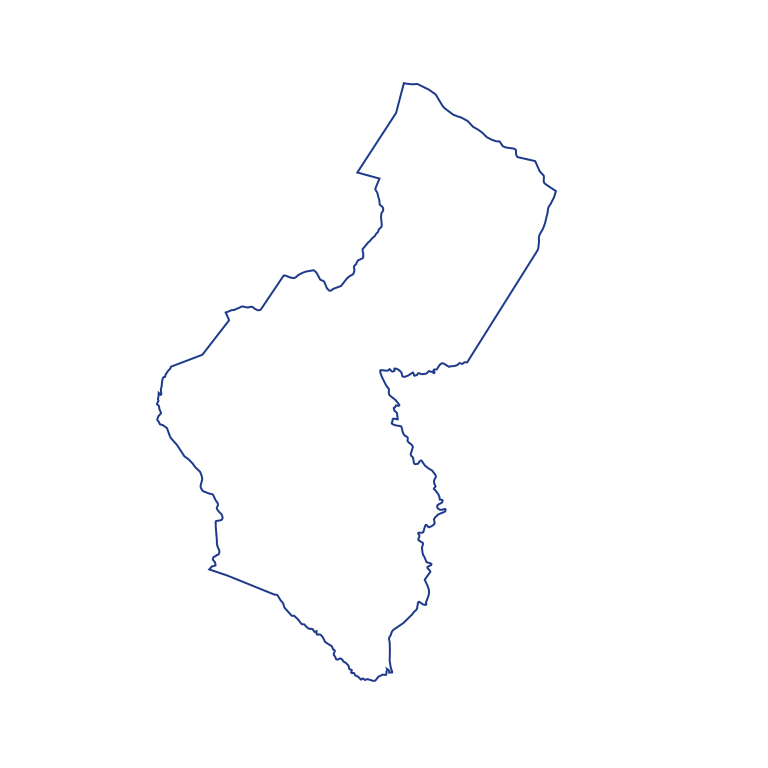 the district of Masaguara, Intibucá, Honduras, rotated 339°
{"feature_id": "27666195B25129383511057", "entity_name": "Masaguara", "entity_type": "district", "adm_level": 2, "iso_a3": "HND", "parent_name": "Honduras", "parent_adm1": "Intibucá", "projection": "natural_earth1", "projection_center": [-87.987, 14.384], "detail": "fine", "context": "isolated", "style": "outline", "palette": "blue", "viewbox_px": 768, "rotation_deg": 339, "n_neighbors": 0, "source": "geoboundaries", "source_scale": "gbopen_adm2", "svg_char_len": 6166}
<svg xmlns="http://www.w3.org/2000/svg" viewBox="0 0 768 768"><g transform="rotate(339 384 384)"><path d="M510.4,110.2L492.5,135.2L434.9,177.0L453.4,190.6L446.3,198.1L445.6,199.1L446.3,203.0L445.7,207.7L445.6,210.2L444.3,215.0L446.1,218.4L446.1,219.8L445.4,221.7L442.6,223.9L441.0,227.2L438.9,234.8L438.0,236.3L434.5,237.9L432.9,239.9L430.2,241.1L428.9,242.3L424.8,243.9L421.3,245.8L419.7,246.3L412.3,250.5L411.9,251.4L411.2,255.4L409.8,258.5L408.8,259.0L404.1,259.3L402.8,260.1L400.9,262.1L398.4,263.2L397.8,264.0L397.2,267.2L395.6,269.4L394.4,270.5L390.6,271.0L387.2,272.2L379.0,277.1L370.5,277.0L368.6,277.7L367.1,277.7L366.1,276.8L365.0,274.0L364.9,268.4L364.7,266.8L364.2,265.9L362.9,264.9L361.8,263.5L361.0,256.6L360.0,253.9L359.1,252.6L351.7,251.1L347.7,251.0L342.9,251.6L339.6,252.8L337.8,252.9L334.9,251.2L330.9,247.5L329.2,246.8L295.7,270.3L294.6,270.5L292.5,269.9L290.4,267.6L288.9,265.0L287.5,264.2L284.0,263.7L279.9,261.0L278.4,260.7L275.1,261.1L273.9,260.9L270.8,261.2L268.0,260.4L265.4,260.6L261.8,260.5L262.2,266.4L262.2,269.0L224.9,291.6L191.4,291.5L189.7,293.2L187.5,294.1L183.3,297.1L182.2,298.9L180.8,298.6L179.4,299.6L177.8,302.0L175.5,306.6L173.7,309.1L172.4,313.8L171.7,314.1L170.5,311.6L169.1,314.7L167.5,317.0L167.4,318.9L165.0,321.1L164.9,321.7L166.0,323.8L165.3,327.2L165.5,330.9L164.9,331.7L162.0,333.1L159.7,335.7L159.4,336.6L160.2,338.4L160.4,341.3L162.9,343.3L165.6,347.5L165.4,355.2L165.6,357.9L168.9,366.7L171.7,379.9L174.4,384.0L176.8,389.5L178.0,394.1L180.8,400.0L180.9,403.5L180.5,407.0L179.8,408.4L176.6,412.8L175.9,414.4L175.8,415.8L176.5,419.0L181.2,423.4L184.1,425.3L184.7,426.3L185.2,432.5L185.8,434.4L186.0,436.4L185.5,437.7L183.4,439.9L183.2,440.6L183.9,443.5L185.5,447.1L185.7,449.5L185.2,451.5L184.1,452.5L182.6,452.7L178.4,451.8L177.8,451.9L177.4,452.5L175.5,457.8L172.2,469.3L170.7,473.5L170.3,476.5L170.6,479.9L170.2,481.5L169.5,482.8L168.5,483.8L166.2,483.8L165.2,484.4L163.0,484.4L161.5,485.9L161.3,486.8L162.3,490.0L162.0,492.0L161.6,493.0L157.7,492.7L154.4,494.5L169.0,506.6L206.6,541.7L208.0,542.1L208.8,542.7L209.9,548.7L211.3,552.7L210.9,556.2L211.1,557.5L214.4,566.3L215.2,567.6L216.9,568.1L217.4,568.8L219.4,573.1L220.9,578.2L221.5,578.9L223.5,579.9L224.3,582.3L225.6,584.8L227.3,586.3L228.5,586.5L229.4,587.1L230.3,590.6L232.4,590.6L231.5,593.0L231.5,593.7L232.2,594.2L234.2,594.7L235.1,595.6L236.2,599.0L236.5,603.3L237.3,604.8L241.2,609.9L241.4,611.7L241.2,613.3L242.1,614.2L242.4,615.1L242.4,615.7L240.2,618.1L240.1,619.3L240.7,621.0L240.6,623.0L240.8,624.0L241.7,624.6L244.9,624.5L245.7,625.3L246.4,626.9L246.6,628.5L248.4,630.6L249.9,634.2L249.5,637.8L249.8,638.2L250.8,638.8L251.4,639.7L250.0,641.4L250.0,641.9L250.5,642.4L251.9,642.8L252.5,643.3L252.7,645.7L254.9,647.9L256.5,651.6L257.2,651.8L258.0,651.3L258.9,651.4L260.2,653.5L262.9,653.6L267.5,657.3L269.6,657.8L273.8,655.3L278.9,654.9L281.1,656.2L281.7,656.2L282.6,655.2L283.1,653.4L284.6,652.3L284.7,651.1L285.9,652.9L286.0,654.1L285.4,655.2L288.2,656.2L288.6,655.2L288.5,653.4L288.8,650.5L290.1,644.4L294.3,634.2L296.8,626.9L297.3,623.7L298.0,622.6L299.9,621.2L302.1,618.6L303.6,617.4L305.0,616.8L316.4,614.1L327.7,609.2L329.8,607.8L333.4,606.3L334.4,605.4L337.3,600.5L338.2,599.8L338.8,600.0L341.4,603.7L343.5,605.1L344.5,604.9L344.8,603.1L349.2,598.2L350.7,596.0L351.7,594.0L352.2,591.6L352.3,588.3L351.9,581.3L360.0,575.9L359.9,574.5L358.7,571.7L358.7,570.9L359.1,570.3L362.8,570.0L363.7,569.4L363.7,568.8L363.1,568.1L359.9,565.5L359.7,559.4L359.2,557.5L359.6,554.9L360.8,550.3L362.8,547.8L363.3,546.7L363.1,545.8L361.9,544.6L360.2,541.8L360.8,540.6L362.1,539.4L362.7,538.3L362.8,537.7L362.3,536.3L362.4,535.5L363.3,535.3L366.2,536.5L367.5,536.5L371.3,531.5L372.5,530.5L373.1,530.8L374.2,533.6L374.6,533.9L377.4,533.8L380.5,533.0L381.5,532.0L382.1,528.2L384.6,526.4L386.0,526.2L387.1,525.4L388.0,525.2L394.9,525.0L395.6,524.7L396.4,523.5L396.5,523.0L396.3,522.6L392.5,522.0L391.1,521.4L389.8,519.8L389.5,518.4L389.8,517.2L390.4,516.4L391.9,515.9L395.6,515.5L396.4,514.9L396.9,513.9L396.8,513.1L394.6,511.8L395.3,509.4L395.2,506.2L393.8,501.5L392.9,500.0L393.2,499.4L395.4,498.2L395.3,494.8L395.6,493.3L396.6,491.5L399.0,489.5L399.4,488.4L399.2,486.6L398.0,482.2L395.1,478.5L393.0,474.8L391.6,469.0L390.8,468.6L389.6,468.9L387.4,470.6L384.5,470.1L383.7,469.2L383.6,468.2L384.7,463.7L384.5,462.5L383.7,460.8L383.7,459.2L388.2,453.4L388.5,452.3L387.9,450.3L386.1,447.4L385.7,446.1L385.7,445.1L386.5,443.8L386.9,442.6L386.2,441.0L384.9,439.7L384.4,438.0L384.2,435.5L384.9,431.0L384.8,429.8L384.1,429.1L381.5,427.7L379.3,426.2L377.6,424.6L377.1,423.5L377.3,423.0L378.6,421.8L379.3,420.2L380.1,419.7L381.8,420.4L383.7,421.8L384.2,421.8L385.6,416.2L385.4,414.9L384.1,412.3L384.5,409.9L386.1,409.6L387.4,408.3L389.8,409.6L390.5,409.5L390.8,408.9L389.1,403.2L385.6,397.3L385.0,395.5L385.2,394.3L386.8,390.4L385.9,387.8L385.4,385.4L384.6,376.9L384.6,372.7L385.2,370.2L385.9,370.0L386.8,370.2L390.7,372.3L392.3,372.9L394.6,372.1L395.7,374.9L396.7,375.6L398.5,375.4L399.2,373.4L400.7,373.9L402.4,375.6L404.0,378.3L404.4,379.9L403.9,383.3L404.6,384.1L405.7,384.7L409.4,384.8L415.0,383.6L415.4,384.6L415.2,386.9L415.7,387.3L417.9,387.4L419.6,386.3L420.2,386.3L423.0,388.5L426.7,389.4L427.8,389.3L430.0,388.2L430.8,388.1L431.8,389.2L433.5,389.8L434.2,391.5L434.8,391.8L435.3,391.2L435.3,388.9L435.6,388.6L436.2,388.5L437.9,389.2L438.7,389.2L439.5,388.7L440.1,388.0L443.5,385.8L445.6,385.4L447.1,386.3L450.8,391.2L453.0,391.4L455.4,392.3L458.6,392.6L459.8,392.5L461.0,391.7L461.8,391.5L464.3,393.3L466.8,392.6L469.4,393.6L574.9,314.5L576.1,313.3L577.2,311.6L579.8,306.5L581.1,302.7L582.6,300.5L588.5,295.6L590.2,293.6L592.3,291.2L596.4,285.0L597.8,283.3L600.0,279.1L601.3,277.5L604.2,275.5L609.7,270.6L613.6,265.5L606.4,255.3L605.6,253.4L605.8,251.8L607.5,248.0L607.8,246.7L605.6,241.3L605.0,230.1L589.9,220.0L589.5,217.4L591.0,212.7L589.9,211.0L582.3,206.7L580.1,204.5L578.8,198.9L576.0,197.8L572.4,194.8L568.4,190.4L566.1,185.1L563.4,180.8L559.4,175.9L556.3,168.4L551.6,162.9L548.9,160.8L545.1,157.3L539.6,148.6L538.4,145.7L536.0,132.2L531.3,125.2L522.6,115.8L517.9,114.4L511.2,110.9L510.4,110.2Z" fill="none" stroke="#1e3a8a" stroke-width="2"/></g></svg>